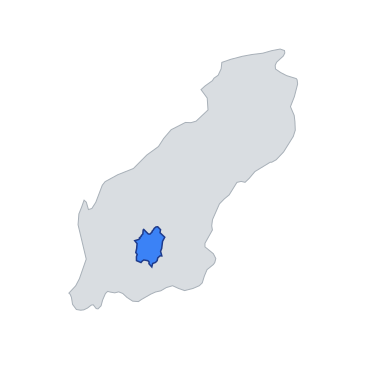 Skrapar, Berat, Albania (highlighted), rotated 46°
{"feature_id": "67620474B62055143354216", "entity_name": "Skrapar", "entity_type": "district", "adm_level": 2, "iso_a3": "ALB", "parent_name": "Albania", "parent_adm1": "Berat", "projection": "mercator", "projection_center": [20.254, 40.545], "detail": "fine", "context": "in_parent", "style": "filled", "palette": "blue", "viewbox_px": 384, "rotation_deg": 46, "n_neighbors": 0, "source": "geoboundaries", "source_scale": "gbopen_adm2", "svg_char_len": 2088}
<svg xmlns="http://www.w3.org/2000/svg" viewBox="0 0 384 384"><g transform="rotate(46 192 192)"><path d="M124.6,114.4L124.8,108.8L126.1,100.0L125.4,97.1L126.2,92.1L123.6,85.4L119.5,80.5L123.5,71.9L129.3,61.6L134.8,53.3L141.3,44.7L145.7,36.5L150.4,29.3L154.5,27.2L156.5,28.7L157.6,31.8L157.4,41.0L158.7,44.2L161.5,46.5L167.5,45.3L174.0,43.1L182.9,38.2L184.4,38.5L187.7,41.0L194.5,52.1L199.0,61.9L207.9,65.3L212.9,69.1L219.3,74.8L222.4,80.6L226.8,98.3L227.3,109.0L226.0,113.9L224.9,115.1L221.0,132.5L221.9,141.3L221.9,147.1L218.5,149.3L216.3,153.0L219.9,167.3L219.4,173.5L219.6,180.5L226.1,196.4L230.0,201.3L233.5,203.7L237.9,218.3L240.5,220.8L251.2,219.5L256.4,221.1L258.5,224.5L259.0,226.9L258.3,235.1L261.0,241.4L264.5,247.8L264.5,251.8L262.1,258.2L257.8,265.8L252.2,268.6L245.9,271.1L242.9,276.9L241.4,283.1L238.6,287.7L236.8,292.7L234.2,303.0L233.6,306.7L229.3,310.5L222.8,312.0L216.9,312.3L212.9,314.1L210.9,317.6L207.1,320.4L204.9,321.7L204.9,324.8L207.6,331.3L210.7,336.5L210.8,340.8L209.3,341.9L204.5,341.4L203.4,343.0L202.9,347.7L201.6,351.7L199.7,354.2L196.2,356.8L189.9,356.0L184.0,351.9L181.0,350.7L179.2,350.8L178.7,340.9L176.2,333.3L166.8,314.7L136.4,296.7L129.2,288.6L126.1,281.7L122.9,275.3L125.9,275.1L128.9,276.7L132.7,278.7L134.3,275.5L132.6,268.4L124.8,251.8L124.2,247.3L128.0,233.4L134.4,217.8L134.0,198.8L136.0,184.5L133.8,175.1L132.7,163.7L137.4,148.4L141.4,144.6L143.9,139.8L144.1,123.5L135.0,115.8L124.6,114.4Z" fill="#d9dde1" stroke="#a8b0b8" stroke-width="1"/><path d="M187.2,267.0L191.0,267.4L194.3,271.2L196.5,274.5L198.9,274.8L199.9,276.9L202.8,279.6L207.3,277.7L207.1,275.7L207.4,273.9L210.7,271.5L212.6,271.5L213.7,272.8L218.0,273.0L216.1,270.0L217.3,267.2L217.2,264.8L215.6,262.4L215.7,259.4L217.0,258.1L212.8,255.8L211.6,253.1L207.0,247.4L205.6,243.0L199.1,243.3L198.0,241.9L197.3,240.8L193.2,240.8L192.1,242.2L191.9,244.5L192.4,246.1L192.5,248.0L193.0,248.3L193.1,251.5L191.8,252.6L185.4,252.7L185.4,253.5L188.1,256.6L188.1,258.7L188.6,259.1L188.5,261.7L189.2,261.8L189.1,263.4L187.2,267.0Z" fill="#3b82f6" stroke="#1e3a8a" stroke-width="1.5"/></g></svg>